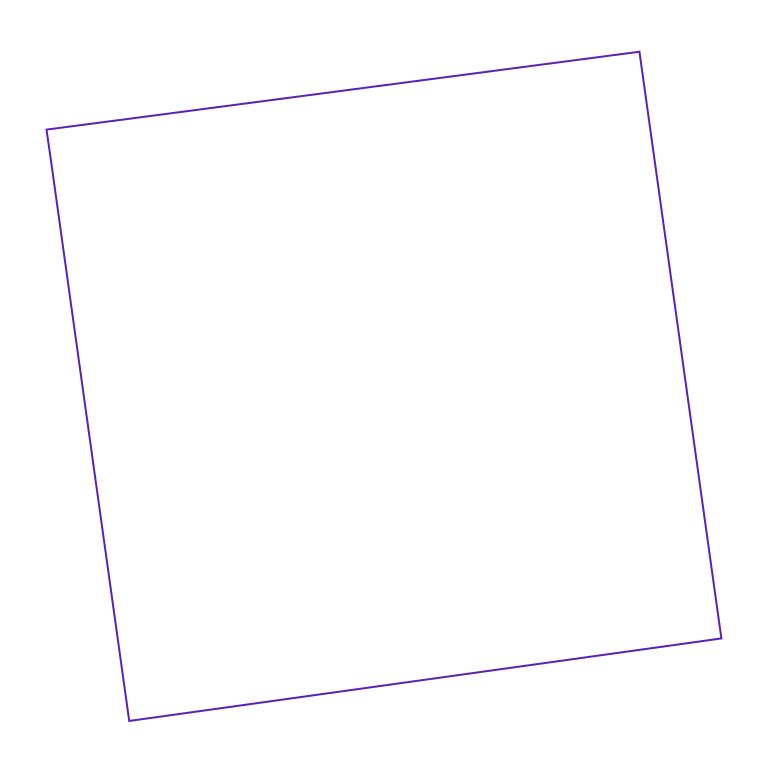 Howard, Nebraska, United States of America, rotated 82°
{"feature_id": "52423323B29382899957960", "entity_name": "Howard", "entity_type": "district", "adm_level": 2, "iso_a3": "USA", "parent_name": "United States of America", "parent_adm1": "Nebraska", "projection": "mercator", "projection_center": [-98.54, 41.22], "detail": "fine", "context": "isolated", "style": "outline", "palette": "violet", "viewbox_px": 768, "rotation_deg": 82, "n_neighbors": 0, "source": "geoboundaries", "source_scale": "gbopen_adm2", "svg_char_len": 254}
<svg xmlns="http://www.w3.org/2000/svg" viewBox="0 0 768 768"><g transform="rotate(82 384 384)"><path d="M90.5,84.8L85.1,682.8L119.4,682.7L416.1,683.0L682.2,683.2L682.9,85.3L676.7,85.3L90.5,84.8Z" fill="none" stroke="#5b21b6" stroke-width="2"/></g></svg>